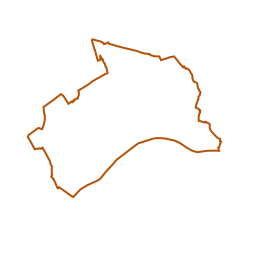 Rasova, Constanta, Romania (Albers equal-area conic projection), rotated 196°
{"feature_id": "2599482B79501903079205", "entity_name": "Rasova", "entity_type": "district", "adm_level": 2, "iso_a3": "ROU", "parent_name": "Romania", "parent_adm1": "Constanta", "projection": "albers", "projection_center": [27.997, 44.248], "detail": "fine", "context": "isolated", "style": "outline", "palette": "amber", "viewbox_px": 256, "rotation_deg": 196, "n_neighbors": 0, "source": "geoboundaries", "source_scale": "gbopen_adm2", "svg_char_len": 5236}
<svg xmlns="http://www.w3.org/2000/svg" viewBox="0 0 256 256"><g transform="rotate(196 128 128)"><path d="M34.2,131.1L34.9,132.2L35.5,133.2L35.6,133.8L35.7,134.0L35.8,134.1L35.5,134.3L35.3,134.5L35.2,134.7L34.9,138.5L35.0,138.5L34.8,140.6L35.9,140.6L36.5,143.0L38.3,142.9L38.7,143.0L41.8,144.6L42.3,144.9L47.4,148.0L49.5,150.7L50.6,154.3L54.5,155.3L54.9,155.4L55.1,155.4L55.6,155.2L55.6,154.4L60.3,154.5L61.1,154.7L61.6,154.6L61.9,154.4L62.3,155.1L63.3,158.8L63.3,159.0L63.3,159.3L63.2,160.1L63.4,160.8L63.5,161.2L62.9,162.7L63.2,163.4L63.2,163.6L63.5,163.4L63.9,164.5L64.0,164.6L64.3,164.9L64.0,165.1L64.6,165.5L66.8,166.1L67.1,166.1L67.4,166.1L67.8,166.1L68.2,166.1L68.4,166.2L68.6,166.5L68.7,167.1L68.7,168.0L68.6,169.6L68.7,170.4L68.8,170.4L68.7,171.2L68.6,171.4L68.6,171.7L68.6,172.4L68.6,173.1L68.6,173.5L68.5,173.8L68.4,174.4L68.3,175.1L68.3,175.5L68.5,175.9L68.7,176.5L68.8,177.0L68.8,177.6L68.4,178.4L68.2,179.1L68.0,179.7L68.2,180.8L68.2,181.1L68.1,181.3L68.1,181.7L68.2,182.2L68.4,182.7L68.6,182.9L69.4,183.3L69.8,183.5L70.1,183.7L70.3,183.9L70.4,184.2L70.6,184.7L70.6,184.8L70.9,184.9L71.2,185.2L71.6,185.5L72.4,186.8L72.9,188.0L73.1,188.7L73.7,189.7L74.2,190.2L74.4,190.3L75.1,190.6L75.7,190.7L77.0,190.6L77.6,190.9L77.9,191.1L78.2,191.4L78.1,191.6L79.0,192.4L79.3,192.7L79.9,193.9L80.2,195.2L80.5,195.5L80.8,196.4L81.1,196.7L81.4,197.2L82.6,197.9L83.1,198.5L83.7,199.2L83.8,199.4L84.9,200.2L85.3,200.6L85.7,200.9L86.4,201.1L86.8,201.2L87.0,201.2L87.5,201.4L87.9,201.5L88.2,201.6L88.9,200.9L91.2,202.7L91.7,202.1L92.0,201.8L92.0,201.7L92.4,201.9L92.7,202.3L93.3,202.5L94.0,202.8L94.4,203.1L94.7,203.4L95.8,204.1L97.4,205.2L99.1,206.4L99.1,206.5L103.5,209.5L105.2,208.6L105.8,208.3L106.9,207.8L107.6,207.4L109.2,206.1L114.9,202.3L117.7,205.4L119.2,205.0L120.5,204.7L121.3,204.5L121.7,204.4L121.9,204.3L125.5,204.2L127.2,204.5L127.7,205.1L128.1,204.7L130.3,204.7L131.8,204.2L136.6,204.1L138.5,204.4L141.6,204.4L145.0,204.3L156.2,203.8L161.5,203.7L166.8,203.8L169.3,203.7L170.5,204.9L171.3,204.3L171.6,204.0L172.0,203.4L172.4,203.1L173.0,202.8L173.5,202.5L174.1,202.0L174.4,202.3L175.1,202.8L176.4,203.2L176.8,203.4L176.9,203.5L179.1,203.6L186.7,203.4L186.9,202.3L185.7,200.3L184.4,198.3L181.9,194.3L181.6,194.2L181.3,194.0L181.2,193.7L175.6,184.4L174.7,185.0L173.4,185.9L173.7,187.0L174.6,189.7L174.5,189.8L173.4,188.6L172.3,187.4L171.9,186.8L171.3,187.1L171.0,186.6L170.6,185.9L170.4,185.5L169.8,184.6L169.6,184.4L168.7,184.0L168.2,183.8L168.0,183.4L167.3,182.2L166.8,181.3L166.5,180.8L166.3,180.6L166.0,180.7L165.8,180.7L165.5,180.2L164.4,178.4L164.2,177.9L163.4,176.4L162.8,175.2L163.6,174.4L164.9,173.4L166.8,171.5L169.7,168.5L170.5,167.7L171.6,166.8L172.2,166.1L173.7,164.4L174.4,163.8L174.8,163.4L175.7,162.2L176.6,160.8L177.5,159.7L178.4,158.5L178.7,158.2L180.0,156.8L181.4,155.3L182.0,154.7L183.3,153.2L183.8,152.7L186.1,150.3L184.8,148.3L184.8,147.7L184.3,145.9L184.6,144.3L184.3,142.5L184.5,142.4L185.3,142.2L186.6,141.3L186.8,140.7L186.9,140.4L187.2,140.3L187.5,140.2L187.1,139.6L188.4,137.6L189.2,138.3L191.9,134.8L198.2,140.4L199.1,141.0L199.3,141.3L199.9,141.5L200.6,141.7L201.0,141.8L201.6,141.9L201.9,142.0L207.5,134.3L215.0,124.8L212.8,119.2L211.5,117.4L210.2,113.0L210.1,112.0L209.9,107.8L210.2,103.2L214.1,103.4L214.5,102.8L215.3,102.0L215.6,101.7L216.2,100.9L216.5,100.3L218.8,97.5L219.8,96.1L220.9,94.7L221.6,93.9L221.8,93.6L221.6,91.5L221.3,91.3L220.5,90.6L219.8,90.0L218.3,88.4L218.0,88.2L216.9,87.0L216.0,86.2L214.7,84.8L214.3,84.5L214.4,84.4L214.0,84.0L213.6,83.6L212.9,82.9L212.6,82.7L212.2,82.3L212.0,82.1L211.8,82.0L211.7,81.9L211.4,81.9L211.1,82.1L211.0,82.3L210.7,82.6L210.3,82.9L210.1,83.0L209.7,83.1L209.4,83.1L209.0,83.1L208.9,83.1L208.6,83.2L208.5,83.3L208.2,83.6L207.7,83.9L207.6,84.0L207.3,84.1L207.1,84.2L206.9,84.2L206.7,84.2L206.4,84.0L206.2,84.0L205.7,84.3L205.5,84.5L205.0,85.3L204.9,85.4L204.8,85.6L204.7,85.6L204.4,85.4L204.2,85.1L204.1,84.8L203.9,84.6L203.7,84.3L203.5,84.2L203.3,84.1L202.2,83.0L201.9,82.7L201.7,82.5L201.6,82.4L201.4,82.1L201.1,81.9L200.6,81.5L200.0,80.8L199.7,80.6L199.5,80.3L199.3,80.2L199.1,80.0L198.9,79.8L198.6,79.4L198.4,79.3L198.0,78.8L197.7,78.5L197.2,77.9L196.8,77.6L196.3,77.0L196.1,76.8L195.8,76.5L195.3,76.1L195.1,75.9L194.8,75.6L194.2,74.9L193.8,74.4L193.6,74.1L193.3,73.6L192.7,72.4L192.4,72.0L192.3,71.8L192.1,71.6L191.6,71.2L191.4,71.0L190.9,70.3L190.6,69.8L190.5,69.6L190.3,69.1L190.1,67.9L189.1,64.4L189.0,64.1L188.9,63.7L188.5,62.9L188.4,62.8L188.3,62.6L188.2,62.5L188.1,62.3L188.1,62.2L188.0,61.9L188.1,61.6L188.2,61.0L188.4,60.0L187.4,59.5L186.7,59.1L186.0,58.5L185.9,58.6L185.7,58.6L185.4,58.5L185.2,58.1L184.9,57.8L184.7,57.5L184.5,57.2L183.9,56.5L183.4,56.0L182.7,55.2L181.1,53.2L179.4,51.0L179.1,50.8L178.2,51.0L177.9,52.1L163.6,47.0L163.4,47.1L161.5,46.5L157.0,55.6L151.4,61.8L146.3,66.1L144.6,67.4L141.5,70.4L140.5,72.0L137.1,80.1L135.7,82.7L133.0,88.1L132.1,90.1L130.1,94.4L122.0,105.3L117.8,111.1L113.9,116.1L108.6,119.6L101.4,124.4L99.4,125.5L96.2,126.6L92.3,127.6L89.3,128.1L88.2,128.3L88.2,128.2L81.4,128.7L79.8,128.7L77.6,128.5L76.1,128.3L73.6,127.7L70.8,126.9L69.4,126.4L68.3,126.0L67.0,125.5L59.8,123.8L54.6,123.9L45.2,128.1L40.1,129.6L35.2,131.0L34.5,131.0L34.2,131.1Z" fill="none" stroke="#b45309" stroke-width="2"/></g></svg>